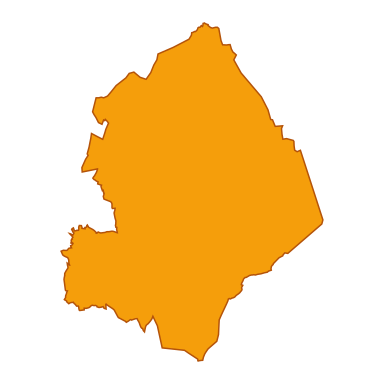 Awka South, Anambra, Nigeria (Robinson projection)
{"feature_id": "59680162B42338651294858", "entity_name": "Awka South", "entity_type": "district", "adm_level": 2, "iso_a3": "NGA", "parent_name": "Nigeria", "parent_adm1": "Anambra", "projection": "robinson", "projection_center": [7.051, 6.191], "detail": "fine", "context": "isolated", "style": "filled", "palette": "amber", "viewbox_px": 384, "rotation_deg": 0, "n_neighbors": 0, "source": "geoboundaries", "source_scale": "gbopen_adm2", "svg_char_len": 5700}
<svg xmlns="http://www.w3.org/2000/svg" viewBox="0 0 384 384"><path d="M300.4,150.3L297.1,151.7L294.7,150.2L294.1,146.0L293.9,141.4L293.2,140.4L286.5,138.6L282.9,139.2L282.0,134.3L281.5,128.6L282.6,125.8L275.2,126.4L272.5,119.8L270.7,119.5L268.0,109.9L261.3,96.8L241.1,73.0L233.8,59.9L236.3,55.0L234.5,53.3L232.9,52.0L231.4,49.1L230.1,44.6L228.4,44.7L226.7,45.0L222.6,44.8L221.0,40.6L218.8,28.5L217.4,27.3L215.5,27.3L212.4,28.1L210.5,27.5L208.3,25.7L208.0,25.5L208.1,24.6L207.0,24.3L205.5,23.7L205.1,23.6L204.6,23.0L203.1,23.4L202.9,25.2L202.8,25.7L202.5,26.5L201.7,26.1L201.4,25.6L201.0,25.9L200.0,27.3L198.7,27.3L197.9,27.9L197.6,29.1L196.8,30.4L195.4,31.6L194.5,31.5L193.2,32.3L191.7,32.7L191.4,35.2L189.0,39.2L173.2,47.4L158.0,54.0L156.9,59.8L153.8,65.1L150.8,72.6L146.1,79.3L140.1,77.3L133.9,72.1L129.2,73.4L125.9,77.9L116.2,85.5L111.0,92.0L107.5,96.1L103.7,97.8L101.2,97.2L98.8,97.8L96.1,97.8L92.6,111.8L94.1,114.7L96.0,117.6L98.5,122.6L102.0,124.3L103.6,120.0L104.7,120.6L105.3,119.4L107.2,121.3L108.5,123.1L105.8,129.4L105.0,132.3L104.0,135.4L102.7,139.3L98.3,137.1L91.5,133.5L90.8,138.3L89.8,143.3L89.1,147.0L87.2,153.9L88.1,155.4L85.6,159.3L81.9,167.6L82.2,172.0L89.8,170.5L97.5,168.9L97.5,169.3L96.9,171.0L96.3,172.6L95.6,173.8L94.9,175.1L94.3,176.1L93.9,176.5L93.0,177.8L92.9,178.3L94.1,179.6L94.7,179.7L95.4,180.4L97.5,181.7L98.1,181.9L97.7,183.9L99.6,184.6L101.5,185.2L101.2,185.8L101.0,186.2L101.1,186.7L101.3,187.6L101.9,189.2L102.4,190.7L103.1,190.2L103.4,191.0L103.6,192.7L103.8,192.8L103.8,193.3L104.1,193.4L103.9,194.5L103.3,196.4L104.0,199.1L110.2,201.5L111.3,202.3L111.9,203.6L112.0,205.0L112.0,207.0L112.0,207.7L112.4,208.5L115.1,208.3L114.8,210.6L114.3,212.0L114.4,212.7L114.1,212.9L114.2,213.7L114.6,215.8L115.1,218.3L115.4,219.0L115.5,219.7L115.8,220.4L115.9,221.4L115.8,222.5L115.8,223.7L115.7,224.5L115.5,225.0L115.5,225.8L115.7,226.4L115.8,227.2L116.8,227.4L116.7,228.3L116.6,229.1L117.3,232.7L116.2,232.4L115.0,231.9L113.5,231.4L112.1,231.2L111.0,231.3L110.3,231.5L108.6,231.7L107.5,231.7L106.9,231.7L105.1,232.4L100.7,233.0L99.5,232.6L98.2,232.0L97.3,232.6L96.9,233.2L96.2,233.2L96.1,232.4L94.3,230.6L92.8,229.5L89.6,227.8L89.0,227.5L88.7,227.3L87.3,225.0L86.8,225.6L86.6,226.9L85.9,227.3L84.9,227.5L85.1,228.7L83.7,228.6L82.0,228.3L82.1,227.8L81.8,227.0L81.5,225.8L81.4,225.6L79.3,225.5L78.8,226.8L78.7,227.6L78.8,229.2L78.5,230.3L77.6,230.4L77.1,230.2L75.7,230.8L75.0,230.8L74.4,230.9L73.9,229.3L73.4,227.9L72.3,228.5L71.9,229.0L72.3,229.3L72.2,229.5L71.8,229.7L71.9,229.9L72.3,230.6L72.8,231.7L73.1,232.3L73.7,232.6L73.8,232.8L73.9,233.3L72.9,235.0L72.5,234.9L71.5,234.3L70.3,233.8L69.6,233.6L70.1,234.2L71.2,235.3L72.3,236.5L72.9,237.2L72.1,238.4L71.8,239.1L72.1,239.3L71.2,240.1L71.3,241.0L71.3,241.5L71.5,241.9L71.3,242.0L70.9,243.0L71.4,243.2L72.7,243.0L73.0,243.5L72.8,243.8L72.6,244.2L71.5,245.5L71.3,245.7L70.7,245.7L70.9,246.9L71.3,247.5L71.5,247.8L71.0,247.9L69.8,248.1L69.0,248.2L68.4,248.7L67.7,249.7L67.1,250.2L66.6,250.4L65.1,250.4L63.9,250.3L63.3,250.3L62.5,250.6L61.1,251.2L62.5,254.4L62.9,255.1L64.3,256.1L66.2,257.0L67.6,257.6L68.3,258.8L68.7,260.0L68.9,263.3L69.6,265.1L69.4,265.1L69.0,264.8L67.9,263.6L67.2,263.1L67.3,263.9L67.5,265.3L67.8,266.4L68.0,267.6L67.7,268.4L66.2,270.7L65.0,272.9L64.7,273.5L64.8,273.8L64.6,275.2L64.8,275.5L64.7,275.8L64.3,277.3L64.0,279.4L65.4,290.1L65.8,290.7L67.4,290.9L67.0,291.9L66.6,292.6L66.6,293.2L65.8,295.3L65.6,296.0L65.6,296.5L65.6,297.6L64.5,299.2L64.3,299.6L64.8,300.0L66.0,300.5L66.6,301.0L66.6,301.7L67.0,302.0L67.4,302.4L68.8,303.7L70.2,302.8L71.4,302.5L73.2,302.4L73.4,302.3L73.9,303.1L74.2,303.6L75.0,304.1L76.6,306.1L78.3,306.1L78.6,306.7L78.8,308.0L78.9,308.9L79.1,309.6L79.4,310.4L79.6,310.5L80.7,310.4L82.1,310.2L84.2,309.9L84.2,308.2L86.1,308.4L88.1,307.9L89.2,307.5L89.7,307.2L90.5,306.3L91.1,305.8L91.8,305.4L92.3,305.2L92.9,305.4L93.3,305.5L94.6,305.6L95.4,305.4L96.0,305.6L96.5,305.9L96.8,306.0L97.0,306.3L97.0,306.8L99.0,307.5L101.2,307.2L101.5,307.1L102.0,306.9L102.6,306.8L103.1,306.6L103.5,307.4L104.1,308.3L104.6,308.5L106.1,309.0L105.9,306.2L105.8,304.3L106.1,304.1L106.7,304.7L109.8,306.8L112.7,308.7L114.2,310.0L117.9,316.9L118.5,317.7L118.8,317.8L125.4,321.3L126.3,322.3L128.1,321.3L130.3,319.7L130.9,319.6L131.6,320.1L132.0,319.9L134.1,319.2L135.2,318.8L136.4,318.7L137.1,318.6L137.4,319.0L137.5,319.4L137.6,319.9L137.8,320.2L138.1,320.7L138.5,321.4L139.3,322.8L139.5,323.6L140.1,325.3L140.8,327.0L141.7,328.2L142.6,328.5L143.1,330.0L143.4,330.7L144.5,331.9L144.8,330.3L145.5,327.0L145.9,325.9L146.5,325.0L147.3,324.3L147.8,324.0L148.1,323.7L149.1,322.6L150.4,321.0L151.8,319.1L152.9,316.3L157.4,325.8L162.2,347.9L184.5,350.3L188.7,353.2L197.7,359.1L197.9,359.8L197.8,360.4L198.1,361.0L198.8,360.8L201.1,360.4L202.7,360.3L203.1,358.6L203.5,357.0L204.8,353.8L206.0,351.9L207.9,349.1L209.4,347.7L216.8,341.3L218.5,334.6L218.8,327.8L219.2,319.9L221.1,315.5L223.1,311.2L226.5,304.0L227.9,300.8L228.3,299.1L229.2,298.5L229.9,298.9L230.5,298.9L230.9,298.7L231.9,298.1L232.9,297.9L234.1,297.4L234.9,296.9L236.2,295.4L237.5,294.5L238.5,293.8L239.8,292.7L240.4,291.9L241.6,290.5L241.9,289.8L242.0,289.5L241.8,288.5L241.6,288.1L241.7,287.1L242.1,286.6L242.5,285.9L242.8,285.3L241.3,284.7L241.8,282.9L242.3,282.0L242.6,281.5L243.0,280.6L243.5,279.2L244.0,278.4L244.5,278.1L245.0,277.5L245.5,277.5L246.2,277.4L246.6,277.2L247.3,276.8L249.5,275.5L252.0,274.9L252.8,275.0L253.5,274.7L255.4,275.0L257.7,274.3L261.0,273.8L264.4,272.8L267.3,272.2L268.6,271.1L271.3,270.2L271.0,268.8L271.4,266.5L272.4,265.1L273.1,264.6L273.3,263.7L279.0,257.8L281.8,256.3L282.7,255.9L283.2,254.7L284.8,252.9L287.8,253.4L321.8,224.0L322.9,219.9L300.4,150.3Z" fill="#f59e0b" stroke="#b45309" stroke-width="1.5"/></svg>